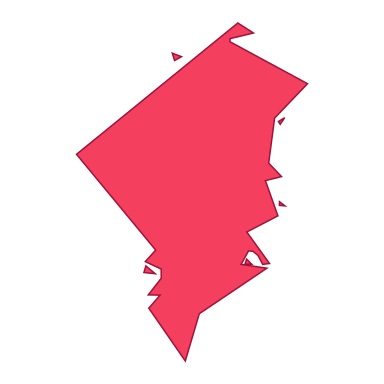 SVG path tracing the border of Greenland
{"feature_id": "GRL", "entity_name": "Greenland", "entity_type": "country or territory", "adm_level": 0, "iso_a3": "GRL", "parent_name": "North America", "parent_adm1": "", "projection": "mercator", "projection_center": [-41.68, 71.708], "detail": "coarse", "context": "isolated", "style": "filled", "palette": "rose", "viewbox_px": 384, "rotation_deg": 0, "n_neighbors": 0, "source": "natural_earth", "source_scale": "50m", "svg_char_len": 714}
<svg xmlns="http://www.w3.org/2000/svg" viewBox="0 0 384 384"><path d="M237.8,23.0L253.4,33.0L230.1,38.6L229.9,41.7L307.5,83.7L274.6,118.1L268.7,163.1L281.5,176.6L265.4,180.6L277.9,215.8L246.8,232.0L269.5,263.5L262.7,264.4L258.0,255.5L253.1,251.4L248.6,250.8L241.1,264.4L266.9,268.2L199.3,313.7L185.3,361.0L148.8,308.2L160.1,295.1L148.3,294.9L161.2,278.3L161.2,269.1L145.3,261.6L155.7,250.1L76.5,154.3L237.8,23.0ZM145.9,265.9L155.2,273.7L143.9,272.5L145.9,265.9ZM246.6,259.1L251.8,264.3L245.0,264.0L246.6,259.1ZM181.5,56.7L174.6,60.5L172.3,53.2L181.5,56.7ZM284.7,117.7L280.2,124.3L278.4,121.5L284.7,117.7ZM279.5,201.7L285.0,205.9L279.4,205.4L279.5,201.7Z" fill="#f43f5e" stroke="#9f1239" stroke-width="1.5"/></svg>